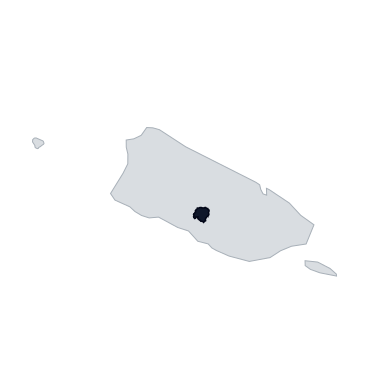 Villalba, Puerto Rico (highlighted), rotated 25°
{"feature_id": "32010507B77779311465946", "entity_name": "Villalba", "entity_type": "district", "adm_level": 2, "iso_a3": "PRI", "parent_name": "Puerto Rico", "parent_adm1": "", "projection": "natural_earth1", "projection_center": [-66.472, 18.13], "detail": "fine", "context": "in_parent", "style": "filled", "palette": "ink", "viewbox_px": 384, "rotation_deg": 25, "n_neighbors": 0, "source": "geoboundaries", "source_scale": "gbopen_adm2", "svg_char_len": 2735}
<svg xmlns="http://www.w3.org/2000/svg" viewBox="0 0 384 384"><g transform="rotate(25 192 192)"><path d="M253.3,160.7L257.2,163.7L261.0,163.3L257.9,157.2L260.7,157.2L284.9,160.9L300.4,167.2L316.4,170.2L317.4,190.9L305.1,199.1L297.1,207.8L290.5,218.4L273.3,230.7L252.6,234.4L238.8,234.7L233.6,234.3L228.6,232.2L218.1,234.2L205.3,228.8L194.2,230.2L172.3,228.9L164.1,233.6L156.2,234.6L148.5,233.8L141.9,231.7L125.6,231.9L118.8,227.8L121.6,204.2L121.9,193.6L117.9,184.8L113.5,179.2L110.4,172.7L116.8,168.4L122.0,162.1L123.7,152.7L129.4,150.4L136.1,149.3L167.2,153.7L245.8,156.2L250.3,156.9L253.3,160.7ZM342.0,211.2L332.1,212.1L325.7,210.9L323.5,206.5L335.5,202.4L349.5,203.0L357.5,205.4L358.5,207.1L342.0,211.2ZM33.6,218.0L32.5,218.1L31.3,218.0L30.7,217.6L29.9,216.2L26.3,214.0L25.5,211.9L26.3,209.8L27.8,208.9L35.1,208.7L35.8,208.9L37.3,210.4L37.3,211.4L36.6,212.5L35.3,215.1L34.8,215.7L34.3,216.4L34.2,217.6L33.6,218.0Z" fill="#d9dde1" stroke="#a8b0b8" stroke-width="1"/><path d="M213.6,200.6L213.5,200.8L213.2,200.8L212.9,200.5L212.6,200.4L211.9,200.7L211.5,200.6L211.2,200.3L210.7,200.5L210.5,200.4L210.3,200.5L210.1,200.8L210.0,201.3L209.7,201.3L209.5,201.6L209.0,201.6L208.5,201.9L208.4,202.1L208.1,202.2L207.8,202.0L207.4,202.1L207.1,202.1L207.0,202.3L206.4,202.4L205.9,202.6L205.6,203.0L205.3,203.1L205.1,203.5L204.9,203.8L204.6,204.0L204.2,204.0L203.8,204.2L203.9,204.3L203.8,204.7L203.7,205.3L203.2,206.1L203.3,206.5L203.1,206.8L203.1,207.2L203.0,207.4L203.2,207.5L203.5,208.4L203.7,208.7L203.3,209.1L203.3,209.5L203.4,210.2L203.3,210.3L203.2,210.5L202.9,210.8L202.8,211.0L203.0,211.4L203.1,211.7L203.0,211.9L203.3,212.2L203.6,212.3L203.7,212.7L203.8,212.8L204.0,213.0L203.8,213.6L204.1,213.9L204.3,214.3L204.5,214.4L205.3,214.7L205.7,214.9L206.0,214.6L206.3,214.2L206.4,213.8L205.9,213.2L206.4,212.7L207.0,212.6L207.6,212.3L207.5,212.6L207.9,212.8L208.2,212.9L208.3,213.2L208.5,213.3L208.6,213.6L208.9,213.8L209.3,213.9L209.6,213.9L210.2,214.1L210.4,214.2L210.9,214.2L210.9,214.3L211.4,214.3L211.7,214.5L212.3,214.8L212.6,214.6L212.9,214.5L213.1,214.5L213.7,214.3L214.2,214.3L214.9,214.4L215.4,214.7L215.5,214.5L215.4,214.2L215.6,213.6L215.5,213.4L215.7,213.1L216.0,212.9L216.2,212.5L216.5,212.4L216.5,212.2L216.4,212.1L216.0,212.0L215.8,211.7L215.8,211.1L215.7,210.9L215.7,210.4L215.5,210.2L215.3,209.8L215.4,209.6L215.8,209.3L215.9,208.6L216.0,208.1L216.2,207.7L216.2,207.3L216.3,207.2L216.4,206.9L216.6,207.0L216.5,206.7L216.7,206.2L216.8,206.1L216.7,205.9L216.7,205.5L216.8,205.3L216.7,205.0L216.3,204.5L216.2,204.4L216.1,204.2L215.7,203.8L215.6,203.7L215.6,203.4L215.6,203.1L215.6,202.6L215.5,202.1L215.1,201.2L214.9,201.1L214.2,201.2L213.8,200.8L213.6,200.6Z" fill="#0f172a" stroke="#020617" stroke-width="1.5"/></g></svg>